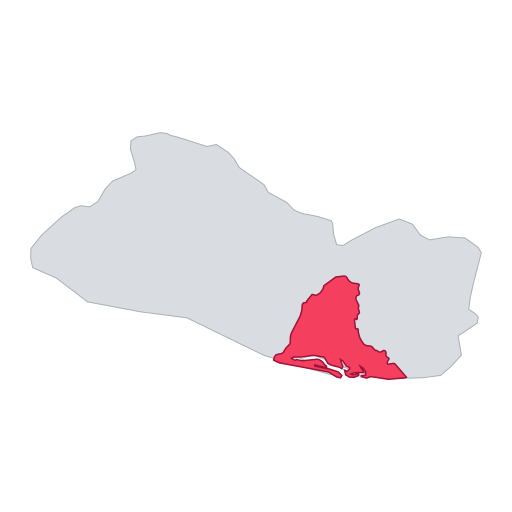 where Usulután sits in El Salvador
{"feature_id": "SLV-1354", "entity_name": "Usulután", "entity_type": "Department", "adm_level": 1, "iso_a3": "SLV", "parent_name": "El Salvador", "parent_adm1": "", "projection": "mercator", "projection_center": [-88.42, 13.427], "detail": "fine", "context": "in_parent", "style": "filled", "palette": "rose", "viewbox_px": 512, "rotation_deg": 0, "n_neighbors": 0, "source": "natural_earth", "source_scale": "10m", "svg_char_len": 3759}
<svg xmlns="http://www.w3.org/2000/svg" viewBox="0 0 512 512"><path d="M170.8,135.6L175.6,136.5L207.1,146.5L216.4,144.5L228.4,152.5L234.1,158.8L239.1,167.4L264.0,184.7L268.2,192.3L286.8,202.5L294.3,210.3L302.2,213.5L317.7,216.5L331.0,220.6L332.6,223.5L333.8,235.1L336.7,244.8L343.0,245.5L350.6,240.7L375.6,227.6L399.2,219.0L412.5,224.2L420.3,235.0L429.3,239.9L448.0,236.9L464.9,237.9L478.2,247.4L481.3,252.9L473.1,284.5L470.2,298.0L468.7,309.4L473.5,312.4L478.2,316.8L477.2,323.0L462.6,333.1L458.1,335.7L461.4,355.2L450.6,366.9L440.7,375.4L423.2,377.7L393.6,378.6L349.0,369.0L316.1,356.0L298.4,355.9L304.0,360.2L318.0,362.9L336.4,372.2L331.1,374.8L264.2,355.5L186.8,317.8L140.5,311.8L87.6,301.9L56.2,278.0L32.7,267.7L30.7,258.6L30.9,248.6L41.6,235.1L61.5,217.0L74.7,207.7L80.8,205.8L89.6,206.8L97.9,201.6L105.1,189.1L112.6,181.0L131.7,172.9L136.0,169.6L134.5,162.6L130.4,149.0L131.0,140.7L137.3,136.8L144.8,136.1L160.2,132.7L166.9,133.4L170.8,135.6Z" fill="#d9dde1" stroke="#a8b0b8" stroke-width="1"/><path d="M406.4,377.2L404.6,377.9L388.4,379.3L370.9,376.6L366.4,378.1L364.0,377.3L361.2,376.7L361.2,375.5L365.5,375.2L365.8,372.2L363.5,368.5L360.1,366.1L360.8,367.6L363.1,370.7L363.9,372.7L357.1,372.5L353.8,372.8L350.9,374.0L352.8,374.8L354.2,374.6L356.0,374.1L358.7,374.0L358.7,375.5L354.3,377.3L349.4,377.1L345.7,374.8L344.5,370.1L346.4,370.9L347.1,371.4L349.7,368.7L349.7,367.5L346.4,366.1L342.9,361.1L340.5,359.6L341.2,362.4L342.2,364.7L342.8,366.7L341.9,368.7L339.2,367.2L331.2,365.2L327.8,363.3L324.7,357.8L323.2,356.8L321.0,356.7L314.8,355.4L312.0,355.4L304.4,356.8L293.7,357.1L291.4,358.2L292.7,359.2L294.1,359.9L295.4,360.2L296.7,359.6L302.0,360.8L317.1,359.2L318.8,359.5L321.2,360.8L322.6,362.0L324.9,364.9L326.5,366.1L326.5,367.5L323.0,366.9L320.4,366.4L314.8,364.8L314.8,366.1L330.2,369.3L338.3,371.9L341.9,375.5L340.6,377.8L337.2,377.2L333.5,375.2L331.0,373.4L328.2,371.9L279.5,362.9L273.7,360.2L273.6,359.7L274.4,357.0L275.8,355.0L278.0,354.2L281.7,353.6L283.5,352.2L284.6,350.1L286.4,347.5L289.7,344.2L290.2,342.9L290.4,336.9L290.9,334.5L291.7,332.4L300.2,316.0L301.8,310.3L302.3,304.4L303.4,302.9L306.5,302.4L306.7,301.1L312.1,294.4L316.3,295.4L320.1,293.0L322.9,289.1L323.9,285.7L335.8,277.0L343.5,276.1L345.7,276.3L346.9,277.7L348.5,280.2L349.8,281.5L351.4,282.6L352.8,283.1L357.4,283.7L358.6,284.1L359.2,284.6L359.2,285.1L358.3,287.6L358.2,288.2L358.2,288.8L358.6,290.4L359.1,291.8L359.4,292.6L359.5,293.3L359.4,293.8L359.2,294.3L358.9,294.7L358.6,295.0L358.2,295.2L357.2,295.6L356.7,295.8L356.4,296.1L356.2,296.6L356.1,297.1L356.0,297.7L356.0,298.8L356.1,299.4L356.2,299.9L358.5,304.7L358.8,305.4L358.8,305.9L358.4,307.4L358.4,308.2L358.5,309.2L359.3,311.8L359.4,312.5L359.3,312.9L359.1,313.4L359.0,313.5L358.0,314.4L357.7,314.8L357.5,315.2L357.3,315.7L357.2,316.3L357.3,317.5L357.2,318.7L357.0,319.2L356.8,319.5L356.4,319.5L356.1,319.3L355.9,318.9L355.6,318.8L355.4,318.6L355.0,318.8L354.7,319.1L354.6,319.6L354.5,320.2L354.5,320.8L354.9,323.4L354.9,324.6L355.5,328.2L355.7,328.8L356.0,329.0L356.3,329.0L357.2,328.7L358.0,329.0L358.2,329.5L358.3,330.1L358.3,331.3L358.4,332.5L358.7,333.9L359.7,337.4L360.7,339.5L362.6,342.5L363.9,344.2L364.3,344.5L364.7,344.8L366.1,345.4L367.1,345.7L370.8,346.1L371.7,346.6L372.6,347.4L374.3,349.4L375.1,350.1L375.6,350.5L376.1,350.4L376.6,350.5L377.1,350.7L377.5,350.9L378.2,351.5L378.6,351.8L379.1,352.0L379.6,352.1L380.2,352.0L380.7,351.9L381.7,351.5L383.4,350.5L384.0,350.5L384.8,350.6L385.4,351.3L385.8,351.8L385.9,352.4L386.0,353.0L386.0,355.9L386.5,356.6L387.2,357.1L388.4,357.8L388.9,358.4L389.0,358.9L387.6,361.5L387.4,362.2L387.3,362.8L387.3,363.7L387.7,364.1L388.1,364.2L393.3,363.4L393.8,363.5L394.4,363.6L394.9,363.8L406.4,377.2Z" fill="#f43f5e" stroke="#9f1239" stroke-width="1.5"/></svg>